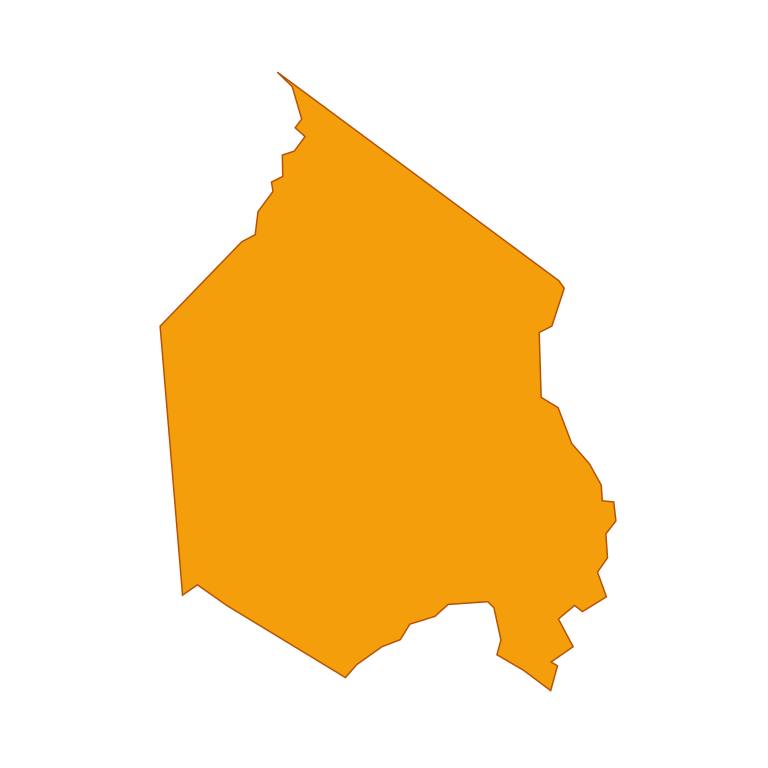 Alpine, California, United States of America, rotated 355°
{"feature_id": "52423323B67588574079428", "entity_name": "Alpine", "entity_type": "district", "adm_level": 2, "iso_a3": "USA", "parent_name": "United States of America", "parent_adm1": "California", "projection": "albers", "projection_center": [-119.752, 38.63], "detail": "fine", "context": "isolated", "style": "filled", "palette": "amber", "viewbox_px": 768, "rotation_deg": 355, "n_neighbors": 0, "source": "geoboundaries", "source_scale": "gbopen_adm2", "svg_char_len": 841}
<svg xmlns="http://www.w3.org/2000/svg" viewBox="0 0 768 768"><g transform="rotate(355 384 384)"><path d="M165.2,510.5L164.9,576.8L180.6,567.8L208.4,591.2L320.0,673.1L332.5,661.1L359.1,645.5L378.0,640.1L388.8,625.5L414.5,619.9L428.7,609.2L468.4,609.9L474.0,616.5L478.2,649.2L472.9,663.6L498.2,681.5L523.3,704.0L532.3,679.9L526.2,675.5L549.5,662.2L537.3,633.3L554.6,621.2L561.9,628.0L587.0,615.4L580.3,590.0L591.5,576.7L592.0,552.6L603.1,540.6L602.6,521.5L591.3,519.4L591.6,503.7L581.7,481.4L565.8,459.7L555.4,422.8L539.4,411.0L543.1,346.2L556.3,340.9L571.9,304.3L567.1,296.2L565.7,295.0L565.2,294.6L304.8,64.0L318.5,79.8L325.1,112.9L317.8,121.0L326.9,130.6L314.9,144.2L302.7,147.0L301.2,168.4L289.5,173.0L290.2,182.5L273.5,201.3L268.7,224.0L254.7,229.9L166.0,306.9L165.2,510.5Z" fill="#f59e0b" stroke="#b45309" stroke-width="1.5"/></g></svg>